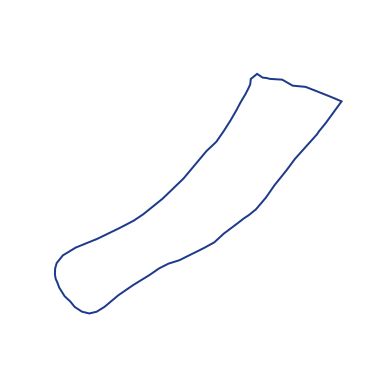 Dimes, Kayangel, Palau, rotated 37°
{"feature_id": "81905179B70449898800022", "entity_name": "Dimes", "entity_type": "district", "adm_level": 2, "iso_a3": "PLW", "parent_name": "Palau", "parent_adm1": "Kayangel", "projection": "natural_earth1", "projection_center": [134.718, 8.077], "detail": "fine", "context": "isolated", "style": "outline", "palette": "blue", "viewbox_px": 384, "rotation_deg": 37, "n_neighbors": 0, "source": "geoboundaries", "source_scale": "gbopen_adm2", "svg_char_len": 901}
<svg xmlns="http://www.w3.org/2000/svg" viewBox="0 0 384 384"><g transform="rotate(37 192 192)"><path d="M172.9,58.5L171.2,65.3L170.9,66.3L172.0,68.1L173.8,71.2L174.7,75.4L175.8,81.7L176.8,90.9L178.3,100.4L179.7,111.8L180.7,124.5L181.2,137.3L178.9,150.7L177.1,186.3L172.5,215.2L166.4,239.3L162.6,250.2L155.8,264.4L144.7,286.1L132.6,306.3L127.0,320.3L126.7,330.2L128.7,335.4L132.2,340.4L135.5,343.5L138.4,345.0L143.6,348.3L153.0,351.9L160.7,352.7L167.5,354.4L176.1,353.8L183.1,350.8L187.9,345.0L191.3,336.2L195.3,318.8L201.1,301.5L207.9,284.2L211.7,272.8L216.3,263.4L222.9,254.2L235.4,229.2L240.1,218.8L242.4,206.2L247.1,190.0L249.2,182.2L251.4,175.9L253.5,167.3L254.4,151.6L253.8,137.2L254.4,117.7L254.3,103.4L257.1,70.8L256.9,67.3L257.3,56.2L256.9,29.6L243.2,33.1L219.4,39.7L208.4,46.5L196.4,48.0L186.1,54.8L183.1,56.0L179.6,58.1L172.9,58.5Z" fill="none" stroke="#1e3a8a" stroke-width="2"/></g></svg>